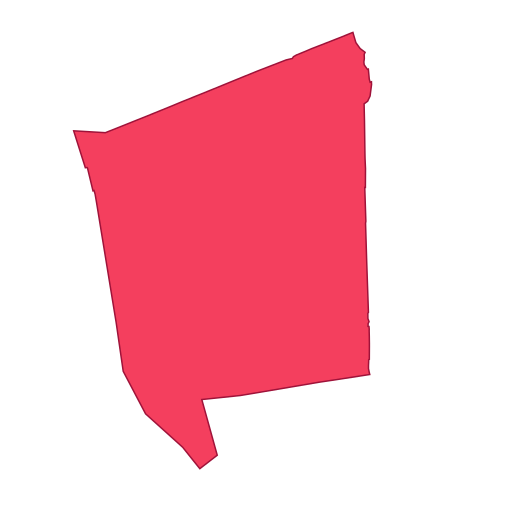 Sofronea, Arad, Romania, rotated 255°
{"feature_id": "2599482B86430768940785", "entity_name": "Sofronea", "entity_type": "district", "adm_level": 2, "iso_a3": "ROU", "parent_name": "Romania", "parent_adm1": "Arad", "projection": "mercator", "projection_center": [21.295, 46.27], "detail": "fine", "context": "isolated", "style": "filled", "palette": "rose", "viewbox_px": 512, "rotation_deg": 255, "n_neighbors": 0, "source": "geoboundaries", "source_scale": "gbopen_adm2", "svg_char_len": 1269}
<svg xmlns="http://www.w3.org/2000/svg" viewBox="0 0 512 512"><g transform="rotate(255 256 256)"><path d="M446.9,407.5L446.8,406.2L445.2,393.4L442.1,365.5L441.9,363.5L440.9,356.6L439.7,347.1L438.8,343.7L437.4,342.3L437.6,335.9L434.3,305.5L432.6,291.8L428.2,257.2L424.1,223.8L422.7,213.4L421.4,203.0L420.4,195.0L418.1,176.1L414.1,142.4L424.1,112.3L423.5,112.3L385.4,114.0L385.2,115.7L384.6,116.0L361.1,115.4L361.2,116.5L357.4,116.6L348.8,115.8L227.9,103.7L179.0,97.9L132.1,108.5L90.2,135.7L74.4,142.6L65.1,146.7L66.8,150.7L73.6,167.0L131.4,166.5L125.3,204.8L123.8,220.2L117.8,283.9L116.0,299.5L112.8,328.7L112.1,335.2L112.3,335.2L114.9,335.3L118.1,335.5L121.1,336.3L123.9,337.2L126.6,338.0L126.8,338.7L139.2,342.1L142.2,342.9L148.5,344.5L154.6,346.0L155.9,346.4L158.7,346.9L159.0,346.0L161.7,346.8L163.3,348.2L166.6,347.9L171.7,349.2L172.4,350.0L221.6,361.4L259.3,370.3L261.1,371.1L294.1,378.8L293.9,379.4L312.1,384.4L321.7,386.5L327.4,387.9L358.2,395.7L375.0,399.8L376.6,403.9L381.0,407.6L391.7,412.0L394.4,412.6L394.3,411.2L397.6,411.2L407.5,412.9L407.5,411.9L410.7,410.7L412.7,410.0L415.5,410.4L418.5,411.7L422.8,412.7L424.5,414.1L429.4,410.3L432.8,409.0L436.3,407.7L440.6,407.6L444.8,407.5L446.9,407.5Z" fill="#f43f5e" stroke="#9f1239" stroke-width="1.5"/></g></svg>